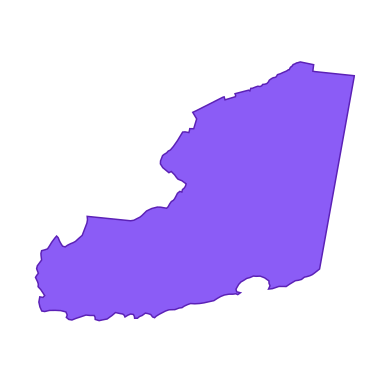 Kota Tinggi, Johor, Malaysia (Albers equal-area conic projection), rotated 100°
{"feature_id": "92858781B34033962801246", "entity_name": "Kota Tinggi", "entity_type": "district", "adm_level": 2, "iso_a3": "MYS", "parent_name": "Malaysia", "parent_adm1": "Johor", "projection": "albers", "projection_center": [103.994, 1.692], "detail": "fine", "context": "isolated", "style": "filled", "palette": "violet", "viewbox_px": 384, "rotation_deg": 100, "n_neighbors": 0, "source": "geoboundaries", "source_scale": "gbopen_adm2", "svg_char_len": 2954}
<svg xmlns="http://www.w3.org/2000/svg" viewBox="0 0 384 384"><g transform="rotate(100 192 192)"><path d="M79.7,152.1L82.4,152.6L81.9,154.0L87.7,166.7L89.3,165.8L90.6,165.8L95.5,175.5L92.7,176.9L93.4,178.2L111.6,202.5L113.4,205.1L119.2,200.1L129.4,201.3L130.0,205.2L132.1,205.2L134.0,205.4L134.0,207.0L134.0,209.3L134.6,211.6L144.1,215.3L150.5,218.3L154.4,220.6L155.8,222.5L157.9,223.8L159.9,226.1L161.3,227.3L163.9,227.8L166.8,228.4L169.8,228.0L173.1,225.0L177.0,218.1L175.4,216.0L178.1,212.1L180.4,209.8L181.8,208.0L182.7,203.8L185.0,199.2L187.6,199.5L189.9,200.6L191.2,201.8L193.8,202.0L193.5,204.1L195.8,206.1L199.1,207.1L201.8,208.0L203.4,208.9L205.0,210.7L207.6,211.9L210.8,213.0L212.4,214.2L212.4,217.4L212.4,220.2L212.9,223.6L215.2,228.7L216.8,231.0L218.6,233.5L220.9,235.1L224.1,237.4L225.7,238.8L227.8,241.6L229.9,244.3L231.0,247.5L234.2,291.0L237.5,290.1L240.9,290.1L253.8,292.6L257.5,295.6L260.9,298.2L262.5,300.2L263.9,302.5L266.0,305.3L268.1,307.4L267.8,310.1L265.5,312.2L263.5,313.8L260.2,315.9L258.9,317.7L261.2,319.1L265.8,321.4L269.9,323.0L273.1,324.4L274.5,326.9L275.9,329.9L278.7,330.1L280.5,329.7L285.1,328.3L291.5,331.5L294.5,331.7L296.1,330.8L298.7,329.2L301.0,330.4L303.3,331.3L307.2,328.5L309.3,327.4L312.0,327.1L314.3,324.1L317.3,321.2L319.6,319.1L321.7,320.5L321.7,323.7L327.0,323.7L331.6,321.8L335.3,319.3L335.3,316.3L333.4,311.9L332.3,306.2L331.6,300.7L332.0,295.4L334.8,293.5L337.3,294.0L338.9,291.2L338.9,288.0L336.6,284.3L334.8,280.9L331.6,275.1L331.3,271.0L330.6,266.9L332.2,265.7L334.3,265.2L334.8,261.1L333.4,257.7L331.8,253.5L329.9,251.7L327.6,249.4L324.0,246.4L324.2,242.0L324.2,239.0L325.1,237.4L326.7,236.3L324.4,233.7L322.8,231.2L322.8,228.4L324.6,227.1L326.3,226.6L325.8,223.8L323.7,222.0L322.3,219.7L319.4,216.9L319.4,214.2L319.8,211.4L321.9,209.1L322.3,207.0L320.5,205.7L318.0,202.9L313.8,197.4L312.0,194.2L310.8,188.4L308.5,184.5L307.6,181.7L305.8,179.9L303.7,176.9L302.1,174.1L301.6,169.8L300.5,165.2L299.1,161.0L296.8,155.5L295.2,151.6L292.4,148.6L289.9,145.6L287.8,142.2L286.2,137.8L285.5,133.9L284.6,131.1L285.1,129.1L282.8,126.8L282.5,130.7L280.0,131.8L274.9,130.0L272.0,128.1L270.1,125.8L267.6,123.1L266.2,120.1L264.1,116.9L263.9,114.3L263.0,110.2L263.9,105.6L265.1,103.1L266.2,100.8L268.5,100.3L270.8,98.9L274.3,99.8L273.3,96.2L271.5,92.9L269.9,90.0L269.2,85.8L268.7,82.8L266.0,80.1L261.4,74.8L260.5,72.0L259.1,69.0L256.3,66.5L255.4,64.2L254.0,61.4L252.4,59.1L250.3,57.1L245.7,53.0L50.7,52.3L49.3,52.4L52.1,92.0L52.0,94.0L45.5,94.3L45.1,107.9L45.6,109.0L46.2,110.0L46.8,111.6L47.4,112.2L48.2,113.3L48.9,114.5L50.1,115.1L51.1,115.6L51.9,116.6L53.2,117.1L54.6,117.4L54.9,118.4L55.9,119.3L56.7,120.3L58.9,123.7L60.2,125.5L61.0,127.1L61.6,128.2L63.0,128.7L64.3,129.4L64.8,130.3L65.3,131.8L66.2,133.0L67.3,134.2L68.5,135.3L70.4,135.9L72.2,137.1L73.2,139.0L73.8,141.1L75.3,141.8L76.3,143.3L76.4,145.5L77.3,147.2L78.5,149.2L79.4,150.6L79.7,152.1Z" fill="#8b5cf6" stroke="#5b21b6" stroke-width="1.5"/></g></svg>